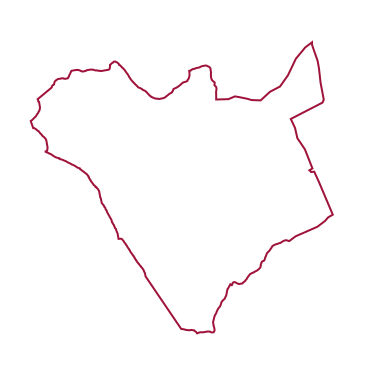 the district of Belen, Heredia, Costa Rica, rotated 170°
{"feature_id": "36466004B97828735780055", "entity_name": "Belen", "entity_type": "district", "adm_level": 2, "iso_a3": "CRI", "parent_name": "Costa Rica", "parent_adm1": "Heredia", "projection": "robinson", "projection_center": [-84.175, 9.985], "detail": "fine", "context": "isolated", "style": "outline", "palette": "rose", "viewbox_px": 384, "rotation_deg": 170, "n_neighbors": 0, "source": "geoboundaries", "source_scale": "gbopen_adm2", "svg_char_len": 6059}
<svg xmlns="http://www.w3.org/2000/svg" viewBox="0 0 384 384"><g transform="rotate(170 192 192)"><path d="M272.5,158.6L270.0,158.3L269.4,158.1L267.7,155.2L267.4,154.1L266.5,152.7L266.2,151.5L265.8,151.0L265.6,150.5L265.4,150.1L265.3,149.5L264.8,148.5L264.6,147.9L264.0,146.8L263.9,146.2L263.3,145.2L263.1,144.0L262.6,142.9L262.0,141.9L261.6,140.7L261.3,140.4L261.0,139.4L260.7,139.2L260.2,138.1L260.2,137.5L260.0,137.0L259.6,136.6L259.6,136.0L259.2,134.9L258.7,134.6L258.7,134.0L258.3,132.9L257.9,132.4L257.7,131.8L257.4,131.5L257.3,130.9L256.6,130.1L256.2,129.0L255.8,128.6L255.4,127.6L255.1,127.3L255.0,126.7L254.3,126.0L253.9,125.1L253.8,124.4L253.3,123.7L253.1,123.2L253.0,122.0L252.4,120.2L252.4,117.0L226.5,59.2L226.2,58.9L225.6,58.9L225.2,58.6L224.6,58.5L222.6,57.6L222.1,57.5L221.7,57.1L219.5,56.6L219.0,56.3L216.7,56.3L214.8,55.7L214.3,55.3L213.8,55.3L213.5,54.7L212.2,53.4L211.5,51.9L209.0,52.4L207.2,52.3L205.6,51.9L200.7,51.9L198.7,51.4L197.2,50.4L196.1,50.1L195.4,50.1L194.7,50.4L194.0,51.4L193.7,52.3L193.7,55.0L193.9,55.6L193.9,60.0L191.7,65.1L191.0,66.3L189.0,68.8L188.5,69.8L187.1,71.8L185.9,73.1L184.3,74.4L183.1,76.3L182.1,78.4L180.6,79.8L180.1,80.0L178.2,81.4L177.7,82.2L176.1,84.5L174.7,88.4L173.8,90.3L173.6,90.3L170.3,94.4L169.8,93.8L169.0,93.3L168.5,93.8L168.0,95.0L167.6,95.5L166.6,95.9L165.7,95.9L164.7,95.3L163.8,94.5L162.4,93.5L161.5,93.2L158.2,93.2L157.4,93.9L155.9,94.7L154.9,95.3L154.7,95.7L153.4,96.7L151.6,98.8L150.7,99.5L149.6,100.6L149.1,101.0L146.9,101.8L145.8,101.9L145.5,102.2L145.0,102.2L143.5,102.8L141.5,103.4L139.3,104.6L137.7,106.0L137.4,106.6L137.3,107.3L137.0,107.6L136.8,108.7L136.1,109.7L136.0,110.2L135.3,111.0L135.2,111.2L134.3,111.6L133.4,111.7L133.1,112.0L132.8,112.0L132.3,112.6L131.4,114.4L131.4,114.6L130.5,115.9L130.3,116.1L129.6,117.4L128.6,118.9L125.6,121.0L125.0,121.8L124.1,122.5L122.2,124.8L121.9,124.9L119.7,125.7L118.8,125.8L117.9,126.0L117.0,126.0L115.4,126.4L113.8,126.5L112.8,126.9L112.1,127.3L109.7,128.1L107.6,128.2L106.3,127.5L104.7,126.8L97.6,130.4L74.5,136.0L66.0,140.4L62.3,143.4L57.3,145.2L65.2,179.6L68.1,190.8L71.3,191.0L71.9,192.1L72.6,193.0L69.3,194.3L73.4,214.4L78.9,226.7L79.4,237.1L82.0,246.8L47.9,257.4L46.2,260.0L46.4,277.3L45.5,291.7L45.5,299.3L48.2,315.8L47.8,318.6L55.4,314.7L66.6,305.2L77.3,290.2L87.0,280.6L97.7,277.2L108.5,270.3L117.3,272.2L121.6,274.3L128.7,277.1L133.1,278.7L140.0,277.1L152.1,278.9L150.8,286.8L150.0,289.0L149.9,290.7L150.0,291.2L150.5,292.1L151.2,293.0L151.3,293.2L151.3,293.7L150.7,295.3L150.7,296.1L151.1,296.4L151.7,297.3L152.3,297.8L152.8,298.6L152.9,299.1L153.1,299.3L153.1,299.8L153.3,300.8L153.2,303.1L152.7,305.8L152.5,306.5L152.4,310.7L152.8,311.5L153.9,312.7L154.7,313.1L155.5,313.8L156.5,314.2L160.1,314.2L162.1,313.8L162.6,313.4L166.4,313.3L168.2,312.9L170.1,312.9L170.8,312.5L171.5,312.4L172.1,311.8L173.7,311.8L173.9,308.9L174.3,306.9L175.5,304.4L176.0,303.8L176.9,303.0L177.3,302.4L177.3,302.2L178.3,301.8L181.8,301.4L182.3,301.0L183.6,300.5L184.1,299.9L184.9,299.5L185.7,299.1L187.3,298.2L190.0,297.2L191.4,296.9L192.3,296.6L192.7,296.1L193.3,294.9L194.0,294.3L194.3,293.7L194.7,293.6L195.2,293.2L197.0,292.7L202.4,289.7L205.7,289.3L207.9,289.3L209.0,289.5L209.6,289.9L210.3,289.9L212.7,290.8L215.1,292.5L215.5,292.6L215.6,292.9L216.7,294.2L217.0,294.3L218.0,296.1L218.5,296.6L218.8,297.3L220.1,299.2L220.7,299.7L220.9,300.0L222.3,300.8L222.5,301.1L223.1,301.5L223.5,302.2L225.0,303.3L226.9,304.5L227.4,305.5L227.9,306.1L228.0,306.5L228.8,307.3L229.5,308.4L229.6,308.7L229.9,308.9L230.0,309.3L230.5,309.8L230.8,310.5L231.1,310.7L232.5,313.1L232.8,313.8L233.0,314.1L233.4,315.3L233.8,315.9L234.8,319.0L236.0,321.1L236.2,321.8L237.6,324.7L238.1,325.2L238.4,325.9L239.0,326.4L239.4,327.0L239.7,327.7L240.2,328.2L240.3,328.6L241.3,329.6L241.4,330.0L241.7,330.0L241.7,330.4L242.4,331.6L243.4,332.7L245.1,333.9L246.5,333.9L247.2,333.2L247.9,333.1L249.5,332.2L250.0,331.6L250.7,331.4L251.0,329.5L251.2,329.2L251.7,327.7L252.3,327.1L253.0,326.9L260.4,326.9L261.4,327.3L262.2,327.3L262.8,327.7L263.5,327.8L264.5,328.3L265.3,328.3L266.6,328.8L267.8,329.5L270.6,330.2L274.6,330.2L275.2,329.8L276.3,329.8L276.6,329.6L278.1,329.6L279.5,329.8L279.7,330.2L280.3,330.4L281.5,331.3L282.1,331.5L282.4,331.8L283.4,332.1L284.1,332.1L284.5,332.3L289.6,332.3L290.5,331.3L290.6,330.9L292.6,328.3L292.9,327.7L293.0,327.4L293.3,327.2L293.7,326.5L294.4,325.7L294.7,325.7L294.9,325.5L297.5,325.5L298.5,325.9L299.0,326.3L299.3,326.3L299.6,326.5L304.4,326.5L306.4,325.7L306.6,325.4L307.2,325.2L307.7,324.9L308.1,324.4L308.5,323.6L309.0,322.6L309.0,322.2L309.2,321.9L309.8,321.5L310.8,321.3L311.3,320.8L311.8,320.0L311.8,319.7L312.3,319.1L327.9,310.2L327.6,309.0L327.6,307.7L327.1,307.5L327.0,306.9L327.0,301.7L327.3,300.6L327.8,299.6L327.9,299.1L328.9,297.8L329.3,297.5L329.5,297.0L330.1,296.3L331.0,295.5L332.6,293.7L337.0,290.6L338.5,289.9L337.3,282.5L336.5,282.5L334.2,280.4L333.7,279.5L332.5,278.5L331.0,275.7L330.1,274.7L330.0,273.9L328.9,272.5L328.3,272.0L327.0,269.9L326.7,269.0L326.5,268.1L326.5,261.1L326.7,260.1L327.3,258.4L327.9,257.7L328.7,257.3L330.1,257.5L329.4,257.3L328.2,256.2L327.4,256.0L326.0,254.7L325.2,254.4L323.2,252.7L321.9,251.2L320.5,250.2L320.0,249.7L317.9,248.7L317.5,248.2L316.6,248.2L316.3,247.3L315.5,247.0L313.1,245.7L312.4,245.1L310.8,244.2L309.4,242.9L306.4,240.8L305.8,240.1L304.2,239.2L302.0,237.4L300.7,236.0L298.3,234.7L298.2,233.8L297.5,233.3L296.0,231.5L295.3,231.0L294.9,230.4L292.3,227.6L292.0,226.7L291.4,226.0L291.4,225.0L290.9,224.5L290.9,223.5L290.5,222.7L290.3,221.7L289.7,221.0L289.6,220.0L289.1,219.3L287.8,216.7L287.6,215.9L286.9,215.4L286.4,214.6L286.1,213.6L285.3,213.4L285.1,212.6L284.2,211.3L283.5,209.6L283.3,208.7L283.3,202.7L282.9,201.8L282.8,196.8L282.3,196.1L281.9,195.1L281.5,194.6L281.1,193.7L281.0,192.7L280.4,192.0L280.1,191.1L280.1,190.1L279.8,189.3L279.2,188.5L279.2,187.5L279.0,186.6L276.1,178.3L276.1,176.3L275.6,175.8L275.6,174.8L274.7,173.2L274.7,172.2L274.3,171.7L274.3,170.7L274.1,169.8L273.4,169.1L273.2,167.1L272.5,164.2L272.5,158.6Z" fill="none" stroke="#9f1239" stroke-width="2"/></g></svg>